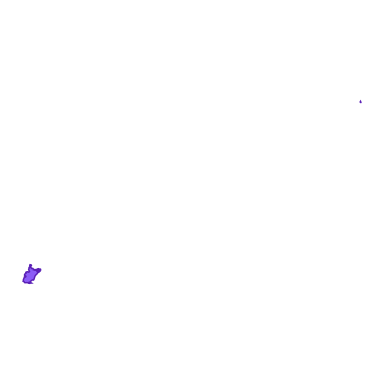 an SVG outline of Netherlands, rotated 186°
{"feature_id": "NLD", "entity_name": "Netherlands", "entity_type": "country or territory", "adm_level": 0, "iso_a3": "NLD", "parent_name": "Europe", "parent_adm1": "", "projection": "mercator", "projection_center": [-0.602, 32.829], "detail": "fine", "context": "isolated", "style": "filled", "palette": "violet", "viewbox_px": 384, "rotation_deg": 186, "n_neighbors": 0, "source": "natural_earth", "source_scale": "50m", "svg_char_len": 2366}
<svg xmlns="http://www.w3.org/2000/svg" viewBox="0 0 384 384"><g transform="rotate(186 192 192)"><path d="M345.5,102.8L345.1,102.8L344.7,102.7L344.2,102.6L344.1,102.4L344.0,102.2L344.4,101.6L344.5,101.4L344.4,101.4L344.5,101.2L344.8,100.5L344.8,100.3L344.7,100.1L343.9,99.8L343.6,99.5L343.5,99.3L343.3,99.2L343.1,99.3L342.6,99.4L342.2,99.3L341.8,98.8L341.6,98.4L341.6,98.1L341.3,98.1L341.1,98.4L340.7,98.4L340.6,98.2L340.4,97.9L339.8,98.3L339.6,98.3L339.4,98.1L339.3,97.9L339.0,98.0L338.8,98.3L338.8,98.7L338.7,98.7L338.4,98.7L338.1,98.5L337.7,98.4L337.2,98.1L336.4,98.4L335.9,98.1L335.4,98.1L335.1,97.9L334.8,97.5L335.0,97.2L336.1,97.1L336.7,97.3L337.7,98.1L338.0,98.1L338.3,98.0L338.1,97.7L337.9,97.6L337.5,97.4L337.2,97.1L337.9,97.0L337.8,96.9L337.7,96.6L336.9,95.7L337.0,95.4L337.2,94.9L337.5,94.4L338.0,94.0L338.7,93.0L339.2,92.3L339.5,91.3L340.0,88.8L340.1,88.4L340.4,87.9L340.7,88.0L340.9,88.1L341.6,87.8L342.8,86.8L343.2,86.0L343.6,85.6L345.0,84.9L345.8,84.6L347.0,84.6L347.9,84.4L349.0,84.4L349.4,84.9L349.6,85.2L350.0,85.4L350.6,85.5L350.5,86.2L350.5,87.5L350.2,88.3L349.9,89.3L349.9,89.9L349.8,90.0L348.7,90.0L348.5,90.3L348.5,90.6L348.4,90.7L348.5,91.0L349.0,91.3L349.4,91.4L349.6,91.3L349.7,91.5L349.9,91.8L349.9,92.1L349.8,92.6L349.6,93.0L349.1,93.4L348.9,93.6L348.7,93.7L348.6,93.8L348.5,94.0L348.9,94.5L348.8,94.8L348.6,95.0L347.7,95.4L347.3,95.3L347.1,95.5L346.8,95.4L346.2,95.2L346.0,95.3L345.9,95.4L345.6,95.5L345.3,95.7L345.3,96.0L345.8,96.7L345.9,96.8L345.9,97.1L346.1,97.4L346.3,97.8L346.4,98.1L346.3,98.4L346.2,98.7L345.8,99.6L345.8,99.8L346.0,99.9L346.1,100.0L345.4,100.7L345.3,100.8L345.0,100.8L344.9,100.9L345.0,101.1L345.3,101.3L345.6,101.5L345.7,101.8L345.5,102.8ZM338.1,98.5L338.0,98.8L337.9,99.1L337.3,99.5L336.7,99.7L336.4,99.7L336.2,99.6L336.1,99.4L335.8,99.3L335.4,99.2L335.1,99.4L334.9,99.5L334.6,99.4L334.5,99.2L334.4,98.6L334.7,98.5L335.4,98.4L335.9,98.6L336.6,98.7L337.2,98.5L337.6,98.7L338.1,98.5ZM336.9,96.1L337.3,96.5L337.5,96.8L336.9,96.9L336.4,96.5L336.0,96.6L335.9,96.3L335.9,96.2L336.3,96.1L336.9,96.1ZM34.1,299.4L33.9,299.8L33.8,299.6L33.8,299.3L33.7,299.1L33.4,298.9L33.5,298.7L34.1,299.0L34.1,299.4ZM342.7,84.8L342.3,84.8L342.1,84.7L343.1,84.5L343.7,84.4L343.8,84.4L342.7,84.8ZM345.2,84.3L344.4,84.4L344.1,84.3L344.1,84.2L344.3,84.2L345.0,84.2L345.2,84.3Z" fill="#8b5cf6" stroke="#5b21b6" stroke-width="1.5"/></g></svg>